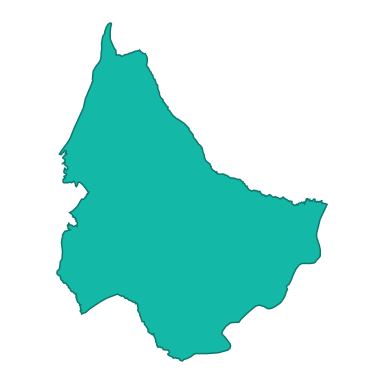 outline of Guamo, Tolima, Colombia
{"feature_id": "7082276B63665332142634", "entity_name": "Guamo", "entity_type": "district", "adm_level": 2, "iso_a3": "COL", "parent_name": "Colombia", "parent_adm1": "Tolima", "projection": "orthographic", "projection_center": [-74.99, 4.102], "detail": "fine", "context": "isolated", "style": "filled", "palette": "teal", "viewbox_px": 384, "rotation_deg": 0, "n_neighbors": 0, "source": "geoboundaries", "source_scale": "gbopen_adm2", "svg_char_len": 5890}
<svg xmlns="http://www.w3.org/2000/svg" viewBox="0 0 384 384"><path d="M287.5,289.4L286.7,287.7L286.5,286.3L289.1,284.1L291.5,279.4L292.4,276.6L295.1,270.8L296.3,268.6L299.2,264.9L301.6,263.6L303.1,263.4L309.6,263.5L313.8,263.0L315.2,262.3L315.6,261.4L319.8,256.8L320.2,255.9L320.3,250.2L319.4,245.7L316.6,237.0L316.6,233.3L320.1,219.3L327.1,204.3L324.8,203.5L323.1,203.2L322.3,203.4L321.8,202.1L321.8,200.7L321.2,200.8L320.6,201.7L319.4,201.5L318.7,202.1L317.8,201.4L316.7,202.0L316.1,201.5L315.7,201.8L315.0,201.5L315.0,199.4L314.7,199.1L313.6,199.2L312.2,201.2L311.4,200.6L310.1,201.1L309.8,199.4L308.4,199.9L307.9,198.8L306.7,198.7L306.8,199.5L306.0,199.9L306.3,200.7L305.1,201.6L304.7,203.8L303.7,202.2L302.6,202.9L301.7,202.2L300.4,203.2L299.3,203.1L298.0,204.0L297.8,205.1L296.4,204.3L295.4,205.4L294.2,205.4L293.8,204.7L292.8,204.4L291.8,203.4L292.0,201.5L290.0,201.1L289.7,201.5L289.2,201.5L288.6,200.7L288.0,200.6L286.5,199.3L285.8,199.4L284.9,198.5L284.2,198.3L283.4,197.1L282.8,197.2L281.3,198.6L280.4,198.5L279.9,198.9L277.8,197.6L276.4,197.3L275.6,196.6L273.1,197.4L272.1,196.7L271.7,196.0L271.0,195.8L270.5,195.0L269.5,194.6L266.3,196.5L266.1,196.1L265.4,196.1L265.1,195.5L264.1,195.5L263.8,194.9L261.7,194.5L261.4,193.6L260.2,192.6L260.1,191.5L258.6,191.4L258.2,191.8L257.2,190.9L256.3,190.9L255.8,190.5L254.9,190.8L254.0,190.2L251.8,191.1L248.4,189.4L248.2,188.7L247.4,188.0L247.5,187.2L247.0,186.7L247.0,186.2L245.5,186.0L244.5,183.6L243.1,183.1L243.0,181.7L241.9,181.5L239.8,179.3L238.4,179.6L233.5,178.0L230.8,178.0L229.3,177.3L228.1,176.2L223.3,174.0L220.0,174.2L217.9,173.9L217.1,173.5L217.2,173.0L216.5,172.6L216.6,171.8L215.4,171.9L214.0,170.7L212.9,170.4L212.5,169.5L211.3,168.3L211.1,166.4L210.6,166.0L209.8,163.9L206.3,161.2L205.6,160.2L204.7,158.1L204.0,154.4L203.1,152.6L202.1,148.0L200.4,145.6L198.6,144.1L195.4,139.5L193.8,138.1L193.0,134.7L189.2,130.0L188.9,128.4L184.4,123.6L178.1,119.3L175.9,118.2L174.0,116.3L172.9,115.6L169.7,110.9L167.9,109.4L168.0,106.9L166.8,106.3L164.1,102.3L163.2,101.8L163.0,99.7L160.6,97.4L159.4,94.5L159.4,92.8L157.6,88.2L157.8,86.1L157.2,84.7L156.2,83.8L155.0,79.6L154.0,78.9L153.1,77.4L152.8,75.3L151.3,73.6L151.0,72.1L150.0,71.3L148.5,68.1L146.5,65.7L147.2,61.8L147.3,58.3L146.5,56.1L145.1,53.6L144.2,53.7L142.7,53.1L140.6,51.4L139.6,50.0L139.2,50.5L134.9,51.4L131.5,52.8L129.2,53.3L127.6,54.3L124.9,54.7L122.5,56.2L121.6,56.2L120.7,55.4L118.9,54.8L116.4,55.2L116.1,54.8L115.9,50.5L114.1,48.1L110.6,40.1L110.2,37.7L110.2,32.1L110.7,27.3L111.5,24.0L111.1,23.2L110.3,23.0L109.3,23.4L107.9,24.6L106.5,26.9L104.8,31.5L104.7,33.1L104.3,34.2L103.3,35.4L102.5,37.7L101.6,43.5L101.7,49.4L101.2,52.4L101.0,57.2L100.6,59.4L99.4,61.9L95.2,67.5L93.2,71.2L92.5,78.2L92.5,79.7L93.0,81.2L92.1,82.1L91.8,83.5L85.4,98.7L83.5,107.7L74.3,127.9L70.1,138.4L67.2,143.1L61.5,150.8L59.4,154.2L60.1,154.6L61.4,154.5L64.9,150.6L65.6,150.4L66.1,150.8L66.4,151.9L65.5,152.5L65.3,153.3L66.5,153.5L66.7,154.0L64.8,155.2L62.8,157.6L63.0,158.3L65.1,159.3L65.1,160.5L64.5,161.2L65.1,162.4L64.6,162.9L63.2,162.9L62.6,163.6L64.0,163.6L64.5,163.9L65.1,165.0L67.5,167.0L67.9,168.4L66.4,170.4L65.2,168.2L64.7,168.2L63.8,171.7L64.0,172.5L64.7,173.2L66.7,174.0L66.8,174.3L65.7,175.5L64.0,176.3L64.0,176.6L65.1,177.3L65.2,178.1L63.4,179.0L62.9,181.0L63.4,182.6L64.6,182.9L65.9,182.6L67.6,182.9L69.4,182.2L71.5,182.7L73.8,181.3L75.1,182.6L75.7,186.2L76.3,186.6L77.3,185.3L78.2,182.4L78.6,182.1L80.0,182.4L81.9,183.8L84.9,187.3L86.5,189.4L87.9,191.8L88.8,191.9L88.5,193.1L87.5,193.5L87.5,194.3L87.0,194.4L86.6,195.0L86.3,196.5L85.1,197.3L84.8,198.3L83.6,199.3L81.6,199.1L77.5,206.2L72.7,210.9L69.6,212.7L71.6,213.9L73.2,216.1L73.2,216.5L72.8,216.7L73.5,217.3L75.0,217.4L75.6,217.9L75.7,218.6L75.2,219.1L76.3,220.3L76.0,221.2L77.3,222.1L77.2,224.3L76.7,224.8L77.1,226.3L75.6,225.6L74.0,226.5L73.1,226.3L71.8,225.2L69.7,224.9L69.2,223.6L68.8,223.3L68.6,224.7L67.9,224.8L67.4,225.3L68.1,227.5L68.0,228.3L70.3,229.8L64.7,231.4L62.6,234.8L62.6,237.0L62.1,238.2L61.5,242.3L62.5,251.3L62.1,258.8L60.3,261.7L59.8,266.9L59.2,269.4L57.3,270.9L56.9,273.2L57.4,274.3L58.6,275.4L59.9,275.8L60.4,276.3L60.4,277.8L60.8,279.0L61.4,280.3L62.6,280.7L62.7,281.8L64.1,283.2L65.5,282.9L66.8,284.3L66.9,284.9L68.5,286.0L68.7,286.4L68.3,287.2L70.4,289.4L70.9,291.0L71.9,291.6L73.2,291.9L73.6,292.8L74.7,293.3L75.3,294.3L76.3,294.2L76.2,295.1L76.5,295.6L76.1,296.1L76.6,296.9L76.1,297.3L76.5,297.7L76.5,299.3L77.1,299.8L77.2,300.9L77.7,302.1L79.1,303.2L79.3,303.8L80.6,304.8L79.7,305.3L80.3,306.1L80.5,308.2L81.4,310.1L80.3,310.4L80.2,311.0L81.5,312.9L81.6,314.0L85.7,312.4L89.8,308.8L100.2,301.8L107.3,297.9L117.5,294.1L121.6,296.2L122.8,295.8L124.5,297.2L125.2,298.4L127.5,298.4L127.7,299.0L129.3,300.4L130.9,300.4L131.6,301.3L132.6,301.6L133.3,302.2L135.6,302.2L135.8,302.6L135.3,303.1L135.7,303.8L137.2,303.7L137.9,304.8L137.5,306.0L138.3,308.3L137.9,309.3L137.9,310.9L140.0,313.8L139.7,315.2L140.6,316.8L142.1,321.5L143.3,321.9L144.1,321.8L144.3,322.1L144.5,324.4L146.2,326.2L146.7,327.4L147.9,328.8L148.1,331.8L152.3,334.7L152.9,334.5L153.2,333.8L153.5,333.7L153.7,335.2L155.3,338.5L155.8,341.6L156.7,343.9L156.8,345.2L157.9,347.1L160.3,347.1L160.8,347.6L162.1,347.7L162.9,348.3L163.3,349.7L166.7,349.9L168.6,350.4L169.5,352.1L169.0,353.1L167.9,353.8L167.9,354.5L168.5,355.2L172.2,356.9L173.3,358.1L174.0,358.2L175.1,357.6L176.8,358.4L178.8,358.4L180.0,360.2L182.0,361.0L182.6,360.8L183.8,359.4L186.6,358.7L190.8,356.7L194.0,354.2L195.7,353.6L206.6,353.6L218.5,352.7L227.5,350.2L228.8,349.3L230.0,348.3L230.6,345.8L230.0,343.8L225.3,337.5L222.3,334.4L221.9,333.5L222.3,331.4L225.8,326.4L230.3,322.9L234.0,322.4L238.6,322.3L239.2,321.9L240.7,319.5L247.9,312.6L254.1,307.3L256.2,305.9L259.1,305.1L264.2,306.5L267.2,308.4L269.0,308.8L271.7,308.2L274.6,306.8L279.8,303.4L281.5,301.6L284.3,297.2L285.4,294.7L286.2,291.9L287.5,289.4Z" fill="#14b8a6" stroke="#0f766e" stroke-width="1.5"/></svg>